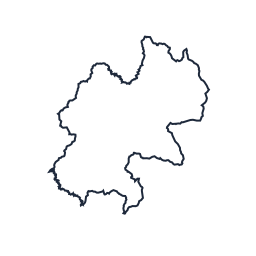 Frontino, Antioquia, Colombia, rotated 157°
{"feature_id": "7082276B55933197621379", "entity_name": "Frontino", "entity_type": "district", "adm_level": 2, "iso_a3": "COL", "parent_name": "Colombia", "parent_adm1": "Antioquia", "projection": "mercator", "projection_center": [-76.301, 6.705], "detail": "fine", "context": "isolated", "style": "outline", "palette": "slate", "viewbox_px": 256, "rotation_deg": 157, "n_neighbors": 0, "source": "geoboundaries", "source_scale": "gbopen_adm2", "svg_char_len": 5856}
<svg xmlns="http://www.w3.org/2000/svg" viewBox="0 0 256 256"><g transform="rotate(157 128 128)"><path d="M164.6,50.5L164.0,50.5L163.6,51.2L160.4,52.7L159.4,54.0L157.7,54.8L156.4,54.4L154.4,54.4L151.4,53.0L149.5,53.0L147.4,54.8L146.3,56.3L144.1,56.5L141.6,57.8L139.9,64.4L139.4,65.7L138.0,67.2L138.1,68.1L139.0,69.3L139.5,74.5L137.7,77.1L139.1,77.7L142.3,76.3L141.8,78.0L144.6,81.0L144.3,81.6L142.9,82.0L142.6,84.1L144.3,87.1L145.4,87.8L145.1,88.3L146.6,90.7L146.3,92.3L144.9,92.9L144.4,93.9L142.6,94.6L140.8,96.1L139.2,99.8L137.9,101.2L137.1,101.0L135.6,101.7L133.7,101.5L133.1,101.7L132.3,102.9L132.0,102.8L130.0,101.0L127.8,100.1L127.1,99.4L127.4,96.1L127.0,95.4L126.1,94.9L126.0,94.2L122.4,92.8L120.3,91.5L116.9,92.0L114.6,91.6L113.1,89.0L111.0,87.2L110.1,87.7L109.2,85.5L108.0,84.2L106.0,83.1L104.7,83.1L103.4,82.6L102.4,80.4L100.9,79.2L100.2,76.9L99.5,76.1L96.1,75.2L95.2,73.8L94.3,73.9L93.7,73.6L92.7,73.5L91.7,74.3L91.8,75.2L91.1,76.2L88.8,77.8L88.1,81.5L89.0,83.8L88.6,85.2L88.7,87.2L87.9,89.5L88.4,93.8L89.8,97.2L90.0,104.1L89.6,106.1L92.3,109.5L91.6,111.0L91.6,111.8L92.2,112.8L91.7,113.6L86.9,116.1L85.7,114.4L82.5,113.3L82.3,112.9L81.6,113.0L79.6,112.4L78.2,111.6L76.4,112.4L75.3,111.8L67.5,111.0L65.0,110.2L61.9,108.0L58.7,106.6L56.9,108.2L56.3,109.2L54.4,109.9L53.8,112.6L50.8,116.2L50.3,118.0L50.6,119.1L51.2,120.1L47.0,121.3L45.3,122.5L43.7,124.6L43.3,129.5L41.0,130.2L38.5,131.7L38.9,132.9L38.9,136.0L39.7,140.7L40.4,142.4L41.6,143.7L42.2,148.4L41.6,150.2L40.0,152.6L40.0,154.0L39.3,155.3L39.2,158.5L40.6,160.9L41.7,161.8L42.0,163.3L42.9,164.9L45.3,167.3L45.6,168.3L44.6,172.0L44.6,174.5L43.5,176.2L43.4,177.9L46.2,177.3L47.5,176.4L49.4,171.5L50.7,171.1L51.7,169.9L53.6,169.5L54.9,169.6L55.9,171.1L57.0,171.1L57.7,170.6L60.2,175.0L59.9,177.1L60.0,178.9L60.4,180.2L61.4,181.6L60.6,183.0L58.6,184.3L58.1,185.6L59.5,186.6L59.8,188.2L60.7,189.3L61.1,190.6L62.0,191.6L63.5,191.7L64.2,192.6L66.2,193.7L67.5,193.5L68.2,192.6L69.0,193.0L69.2,194.7L69.8,195.3L71.0,195.7L71.7,196.7L72.1,203.0L74.6,204.3L75.5,204.3L75.9,205.1L76.8,205.5L78.9,203.4L81.4,202.8L82.0,201.8L82.3,199.0L82.9,197.5L82.7,195.7L83.4,194.8L83.1,194.0L83.5,192.0L85.1,191.0L84.4,189.5L84.4,188.4L86.0,186.2L88.2,184.4L90.2,181.6L90.1,180.2L92.2,180.2L93.4,178.6L94.3,177.9L95.5,177.6L95.1,176.2L96.5,175.6L97.5,175.6L97.1,173.7L100.3,173.2L100.3,171.5L99.8,171.1L100.3,170.3L102.1,170.5L102.7,170.1L103.4,170.6L104.0,170.3L105.3,170.4L107.2,169.6L108.0,168.6L109.0,169.1L109.5,168.1L110.9,169.3L111.7,169.2L112.2,170.6L112.8,171.2L113.7,171.4L114.1,172.1L115.6,172.2L115.2,172.6L115.6,173.9L115.1,174.5L114.8,174.5L114.7,174.9L115.9,176.1L115.2,176.5L115.5,177.3L114.8,178.2L115.1,178.8L116.2,178.5L116.2,179.3L117.0,179.3L117.4,179.8L117.5,180.8L118.1,181.0L118.3,181.4L117.6,182.5L118.6,182.9L119.8,181.5L119.9,181.9L119.5,183.3L120.2,183.3L121.0,184.0L122.0,183.8L122.3,184.3L121.9,186.2L121.2,186.3L121.5,186.9L121.2,187.5L122.0,187.9L122.4,188.9L123.3,189.1L123.3,189.4L123.1,190.2L122.1,190.2L121.6,192.0L122.6,194.3L123.8,195.0L124.2,196.5L125.4,197.2L127.7,197.6L128.3,198.2L129.9,198.6L131.3,199.5L132.2,199.4L133.9,198.4L134.9,199.1L136.6,198.3L137.0,197.1L138.8,196.3L139.3,195.3L139.4,192.6L141.5,192.0L142.1,190.1L143.8,188.5L144.6,188.8L146.2,188.3L146.9,187.8L147.5,186.8L148.2,187.6L149.3,187.5L150.7,188.7L151.5,188.5L153.3,188.9L154.5,187.9L156.4,187.9L157.6,184.8L159.0,183.6L159.6,182.3L161.3,180.9L161.8,179.7L163.4,178.4L163.9,177.2L164.1,176.0L168.4,175.1L170.4,175.9L171.3,176.0L172.2,175.2L172.9,175.1L173.1,174.4L174.3,173.5L174.9,172.8L175.1,170.9L177.5,171.4L179.6,171.1L181.2,169.8L181.8,169.8L182.1,170.3L182.6,170.3L184.1,169.7L185.3,168.7L186.9,168.4L186.2,167.1L187.8,162.6L186.8,160.3L189.5,156.7L188.8,156.3L188.8,155.2L187.7,153.6L184.1,152.5L183.6,146.7L184.5,145.2L183.1,144.7L182.7,144.0L180.7,143.5L179.0,142.4L179.5,140.9L181.0,139.0L181.9,137.2L183.6,136.7L184.6,137.0L186.3,135.3L188.6,134.9L190.6,135.1L191.7,134.9L193.2,132.8L195.5,132.1L195.8,131.5L195.5,131.0L195.6,129.9L197.2,127.4L197.9,127.0L200.3,127.4L201.3,126.8L203.4,127.2L204.3,125.8L207.8,125.0L209.7,123.6L210.5,122.6L210.8,120.9L211.9,119.9L213.9,120.0L215.8,119.6L217.5,118.5L216.9,118.4L215.6,118.7L215.2,117.9L214.6,117.7L214.2,118.2L214.4,118.8L214.1,119.2L212.6,118.2L213.6,116.8L213.0,116.4L213.1,115.3L213.8,115.1L213.1,113.6L212.4,113.4L212.5,113.0L212.9,112.3L213.6,112.3L213.4,111.7L213.6,110.4L214.3,110.2L215.1,110.4L215.6,109.7L215.2,109.3L215.3,108.8L214.7,108.8L213.7,107.6L213.0,107.5L212.6,107.0L213.7,106.7L214.3,106.9L214.7,106.5L213.9,105.2L213.3,104.9L213.9,104.4L213.8,103.9L213.3,103.5L213.6,103.1L213.5,102.2L212.8,102.4L212.5,101.9L213.1,101.0L213.9,101.4L214.2,101.0L214.6,101.0L214.1,99.9L214.5,99.5L214.9,99.9L215.2,99.3L214.0,98.6L213.9,97.6L213.0,97.3L212.5,97.9L212.1,97.9L210.7,96.2L210.5,95.0L208.8,94.2L208.7,93.5L207.8,93.3L208.1,92.3L207.3,91.6L208.0,90.2L207.0,89.7L206.7,89.0L205.2,89.3L204.7,88.3L204.0,89.0L204.0,88.1L203.6,87.9L203.9,87.4L203.4,87.2L203.7,86.8L202.9,86.9L202.9,86.1L202.2,85.7L201.9,86.0L201.4,85.5L201.0,85.5L201.1,84.7L199.7,83.2L199.5,82.5L199.9,82.3L200.2,81.1L199.2,79.5L199.8,78.9L199.3,78.7L199.5,78.1L198.5,78.3L198.5,78.1L199.2,77.6L199.6,75.4L200.0,76.1L201.0,76.1L201.5,75.7L201.6,75.2L200.5,75.5L199.8,75.0L199.2,75.0L196.7,76.2L195.6,77.5L193.4,81.3L191.2,81.8L190.6,84.2L189.3,85.3L188.7,85.3L188.4,84.7L185.5,84.1L184.6,82.9L183.2,82.3L182.1,80.8L180.7,80.1L177.0,79.6L176.0,79.5L175.3,79.9L175.6,76.7L175.5,76.0L175.1,75.8L174.0,75.8L172.5,76.4L171.5,75.7L171.1,75.0L170.3,75.7L168.1,76.3L165.7,76.5L163.0,74.0L162.8,72.6L161.9,71.3L162.0,70.9L160.6,69.5L160.5,69.0L159.2,67.5L157.1,66.5L156.9,64.6L157.4,63.9L157.4,62.7L158.8,61.7L159.5,60.1L160.9,59.5L162.3,58.3L162.5,57.4L163.6,56.0L164.1,53.8L164.0,52.3L165.5,51.3L164.6,50.5Z" fill="none" stroke="#1e293b" stroke-width="2"/></g></svg>